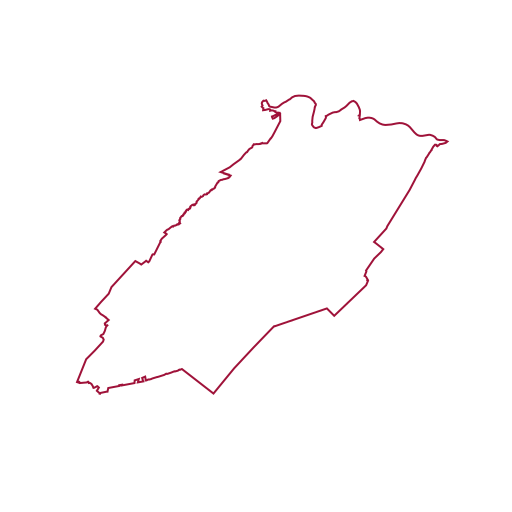 Deventer, Overijssel, Netherlands (Robinson projection), rotated 133°
{"feature_id": "6326949B6092768911382", "entity_name": "Deventer", "entity_type": "district", "adm_level": 2, "iso_a3": "NLD", "parent_name": "Netherlands", "parent_adm1": "Overijssel", "projection": "robinson", "projection_center": [6.218, 52.269], "detail": "fine", "context": "isolated", "style": "outline", "palette": "rose", "viewbox_px": 512, "rotation_deg": 133, "n_neighbors": 0, "source": "geoboundaries", "source_scale": "gbopen_adm2", "svg_char_len": 5969}
<svg xmlns="http://www.w3.org/2000/svg" viewBox="0 0 512 512"><g transform="rotate(133 256 256)"><path d="M140.8,330.2L153.0,326.8L157.2,325.7L159.8,325.3L160.0,325.5L165.7,324.7L166.2,324.9L169.4,328.3L169.2,328.6L171.0,329.5L171.1,329.3L171.6,329.7L173.0,331.0L173.6,331.8L174.4,332.4L175.1,333.0L175.8,333.8L176.3,333.5L177.0,333.7L177.8,333.6L178.8,333.0L179.4,332.9L182.2,333.8L184.4,333.7L185.8,333.4L186.1,333.4L186.2,333.6L187.1,333.8L190.2,333.8L195.3,333.3L196.0,333.4L196.0,333.5L197.3,333.6L204.2,335.0L209.0,335.7L218.7,339.1L216.1,333.5L216.0,333.3L216.5,333.6L214.5,329.4L216.0,329.2L216.6,329.3L217.3,329.7L217.5,329.6L217.4,329.3L217.6,329.3L218.2,329.6L220.9,331.2L222.0,332.1L223.5,332.8L223.8,333.1L224.4,333.6L226.7,334.4L227.9,333.8L228.5,334.2L229.0,334.1L232.7,333.3L233.8,332.9L233.9,332.6L235.0,332.6L235.5,332.8L235.9,333.1L236.7,333.1L237.3,333.6L237.8,333.3L238.2,333.3L238.3,333.4L238.2,333.8L238.9,334.0L241.6,333.6L242.2,333.9L243.0,334.0L243.6,334.5L244.2,334.0L244.6,334.3L245.0,334.4L246.1,335.7L247.4,335.9L248.3,335.6L249.6,336.0L250.0,336.3L250.5,336.5L250.4,336.9L250.5,336.9L252.1,336.5L252.8,337.0L253.3,337.0L253.4,336.6L253.6,336.6L255.9,336.5L256.4,336.6L257.0,336.4L257.2,336.0L257.8,335.8L258.0,335.6L258.8,335.7L259.2,335.9L259.4,335.7L260.6,335.5L261.0,335.8L260.6,336.2L261.3,336.6L261.2,337.0L262.2,337.5L263.5,337.6L264.0,337.8L265.0,337.6L265.2,337.1L265.9,337.1L266.1,336.7L266.7,336.7L266.9,336.8L266.6,337.1L267.6,337.4L268.6,337.0L269.0,338.0L269.4,338.2L270.8,338.0L270.8,337.7L271.8,337.4L272.8,337.9L273.7,337.6L273.7,337.2L274.8,337.5L275.6,337.4L275.9,337.3L275.8,337.0L276.5,336.9L277.0,337.0L277.5,337.6L278.3,337.5L279.9,337.4L280.3,337.1L280.3,336.8L280.5,336.6L282.1,336.5L282.2,335.8L282.4,335.5L283.5,335.1L283.3,334.8L283.4,334.6L283.9,334.4L284.0,333.8L284.7,334.1L285.4,334.0L285.9,334.3L285.7,334.7L286.6,335.3L287.6,335.2L288.4,335.7L288.7,335.7L289.6,336.6L291.0,336.6L291.3,337.0L291.3,337.5L293.4,337.9L295.8,338.2L296.5,338.4L297.1,338.8L298.4,339.0L301.3,339.1L300.8,336.4L300.9,336.2L302.1,336.2L307.5,336.7L308.7,336.5L310.4,336.2L310.5,336.0L310.3,335.7L310.9,335.2L311.3,335.3L311.5,335.3L324.3,331.5L324.5,331.7L325.0,332.5L325.4,332.7L325.7,332.7L332.7,330.4L334.1,330.5L334.4,333.1L335.5,333.2L340.5,334.1L340.8,336.0L342.0,340.8L377.3,340.5L384.0,338.0L395.2,338.0L404.3,337.7L403.5,335.4L404.3,331.4L404.3,329.5L403.9,328.0L403.3,324.1L403.5,324.1L403.3,320.1L408.2,320.6L408.2,320.3L409.3,319.6L409.0,317.9L408.4,317.7L408.1,317.6L408.1,317.4L409.6,317.4L410.7,317.1L413.8,315.5L417.2,314.4L419.6,315.3L420.8,315.1L420.9,314.8L420.3,312.3L421.0,310.4L422.9,309.5L435.1,309.4L447.3,309.8L470.3,300.9L470.1,300.4L468.8,299.8L468.6,299.6L468.6,299.3L469.4,298.9L469.2,298.3L465.5,295.0L464.1,293.7L462.4,293.1L462.3,292.8L463.0,291.7L462.1,290.8L461.8,289.1L462.5,286.6L463.3,285.0L463.1,284.7L461.2,283.9L459.5,283.4L459.4,283.1L459.4,281.2L463.1,280.5L463.0,276.6L463.3,276.4L463.1,276.1L462.3,276.4L456.8,272.5L456.5,272.1L453.3,274.0L444.2,267.3L443.7,267.9L441.5,266.2L442.1,265.8L431.8,258.2L429.7,259.9L425.9,257.8L429.0,256.2L424.6,252.9L424.3,253.6L422.8,256.1L419.8,254.8L421.8,252.1L422.1,252.1L422.3,251.8L421.6,251.2L419.8,250.6L419.5,250.3L419.4,250.0L417.6,248.8L416.3,248.3L411.8,245.7L411.7,245.5L405.5,242.0L403.3,241.4L403.2,241.0L402.6,240.4L399.1,238.5L396.5,237.3L395.7,236.8L395.7,236.5L393.6,235.2L392.8,234.8L392.1,234.8L391.3,234.5L391.1,234.3L391.1,234.0L389.2,233.1L385.6,193.3L352.9,195.4L324.6,195.4L295.1,194.9L294.4,194.4L294.5,194.3L290.9,192.4L246.0,168.4L246.4,158.0L202.3,155.5L198.0,157.1L198.1,157.3L197.9,158.1L197.2,158.0L196.2,161.3L196.2,162.2L196.5,163.0L192.1,164.7L191.8,165.0L191.6,165.6L177.2,167.8L168.1,167.3L164.2,167.6L164.9,176.6L165.2,179.2L147.0,179.4L144.7,180.3L102.9,188.7L92.0,191.7L90.1,192.3L87.1,192.9L79.4,194.8L72.1,197.0L70.9,197.6L68.1,198.6L67.4,198.5L62.5,199.4L62.2,199.6L61.4,199.5L59.3,199.9L59.0,199.8L58.9,200.0L55.2,200.9L52.5,201.0L51.7,200.0L51.7,199.0L52.2,198.8L52.1,198.2L50.3,197.9L48.9,197.9L47.0,196.3L43.9,194.4L41.7,194.1L42.1,195.4L42.8,197.2L43.3,197.9L46.0,200.8L47.2,202.8L47.3,203.7L47.0,205.8L47.0,206.6L47.5,208.8L48.6,211.2L49.3,212.1L50.2,212.8L54.5,216.1L55.5,217.1L56.4,218.2L57.0,219.3L57.4,220.5L57.6,221.7L57.6,224.4L56.8,231.4L56.9,233.8L57.5,236.2L58.9,239.2L59.8,240.4L61.1,241.9L63.3,243.7L67.5,246.7L71.9,250.7L72.7,251.8L73.6,253.2L74.7,256.0L75.2,259.1L75.3,262.5L75.6,263.9L76.3,265.6L77.5,267.4L78.6,268.6L80.6,270.1L85.6,272.7L84.9,273.5L84.9,274.2L82.5,275.9L82.9,276.5L81.7,276.5L79.0,278.8L78.0,280.2L77.7,281.0L77.1,282.1L75.7,286.2L75.8,286.4L75.6,287.4L75.6,288.4L76.1,290.5L76.8,290.8L77.4,291.4L80.1,292.1L84.6,292.2L86.9,292.5L91.2,293.7L91.4,293.6L93.7,294.1L96.0,295.4L97.1,296.5L98.8,297.7L103.2,299.4L105.8,300.0L105.9,300.3L106.1,300.4L106.8,299.5L107.6,299.0L112.4,297.9L115.1,297.5L116.0,296.7L118.9,297.9L121.1,299.1L121.7,299.6L122.3,301.1L122.4,301.7L122.0,304.1L121.5,305.0L119.8,306.0L119.0,306.9L115.6,309.5L111.0,312.0L108.3,313.6L107.4,314.3L106.7,314.5L106.5,314.8L105.0,315.1L104.1,315.8L103.8,317.8L103.4,318.5L103.2,319.4L103.3,320.6L103.3,324.1L103.7,325.5L104.3,327.1L105.1,328.6L106.3,330.3L109.5,334.1L112.4,336.6L115.3,337.8L118.3,338.1L119.1,338.5L122.9,339.4L124.4,340.1L127.0,340.8L131.5,341.4L133.4,342.3L134.8,343.7L137.3,347.8L137.3,348.4L137.3,348.9L136.6,350.0L136.3,351.7L135.5,353.5L135.2,354.8L136.0,355.0L136.8,355.6L137.2,356.4L137.5,356.5L139.5,356.4L140.4,355.9L141.2,354.7L141.3,354.1L141.5,353.8L142.9,353.7L143.0,352.2L142.8,351.4L144.5,350.2L142.8,348.8L140.1,347.1L139.6,346.5L139.2,345.5L140.1,344.7L139.4,344.3L138.1,343.0L137.3,340.9L137.2,340.8L137.5,340.7L137.5,340.1L136.8,338.3L136.4,337.9L136.0,337.6L135.7,336.9L135.1,336.3L135.2,336.0L137.7,337.3L141.8,338.8L143.1,339.5L143.5,338.9L144.1,337.4L142.7,336.6L139.1,335.8L136.9,335.5L135.9,335.0L140.8,330.2Z" fill="none" stroke="#9f1239" stroke-width="2"/></g></svg>